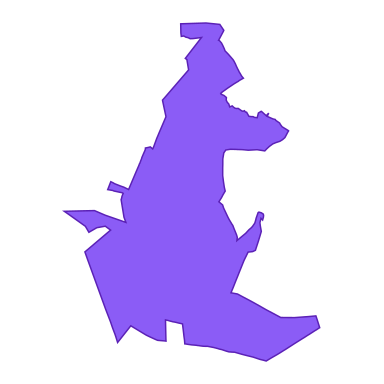 the district of San Andrés Duraznal, Chiapas, Mexico
{"feature_id": "50627088B44734677505750", "entity_name": "San Andrés Duraznal", "entity_type": "district", "adm_level": 2, "iso_a3": "MEX", "parent_name": "Mexico", "parent_adm1": "Chiapas", "projection": "equal_earth", "projection_center": [-92.796, 17.162], "detail": "fine", "context": "isolated", "style": "filled", "palette": "violet", "viewbox_px": 384, "rotation_deg": 0, "n_neighbors": 0, "source": "geoboundaries", "source_scale": "gbopen_adm2", "svg_char_len": 4273}
<svg xmlns="http://www.w3.org/2000/svg" viewBox="0 0 384 384"><path d="M253.0,116.6L251.3,116.6L248.9,116.3L246.6,112.2L245.4,112.0L244.4,110.7L243.0,111.3L241.6,110.8L239.8,109.5L238.2,108.4L236.4,108.5L235.0,108.2L233.8,107.4L232.2,105.9L229.7,106.9L228.8,104.0L227.2,102.2L226.2,100.1L226.4,97.5L223.9,95.4L221.2,94.3L220.7,93.3L221.8,92.6L221.8,92.3L222.7,91.7L227.4,88.3L233.8,84.0L236.9,82.1L238.2,81.4L239.3,80.5L243.4,78.2L242.2,76.8L241.6,76.0L240.0,73.2L239.2,72.0L238.5,70.4L237.7,69.0L237.2,67.9L236.5,66.5L235.4,63.9L233.9,61.0L233.0,59.6L228.3,54.2L225.0,50.8L224.4,49.0L222.8,45.5L221.5,43.0L219.6,40.8L219.0,40.4L218.6,40.3L223.4,31.3L223.8,30.3L219.8,24.4L206.0,23.0L180.7,23.8L180.9,33.1L181.3,36.4L183.4,36.0L184.4,36.3L185.7,37.1L188.2,37.7L190.1,38.7L193.0,38.6L201.5,37.5L185.3,58.4L186.9,59.6L188.6,69.9L164.3,98.1L162.5,100.1L162.5,100.3L163.3,104.1L165.9,116.3L165.9,116.9L158.8,133.5L157.7,136.2L157.2,137.3L156.7,138.5L154.0,145.9L153.4,147.5L152.7,148.9L150.3,146.9L148.4,147.4L145.4,148.0L145.4,149.0L145.1,150.1L143.2,154.4L142.4,156.3L141.9,157.4L141.8,157.8L141.6,158.6L140.6,161.1L139.9,163.1L139.4,163.9L139.0,165.1L138.4,166.5L138.1,167.2L137.3,169.0L137.1,169.5L137.0,169.8L136.7,170.4L128.6,189.5L125.3,187.9L123.7,187.1L122.5,186.7L120.5,186.0L115.1,183.9L113.9,183.3L113.3,182.9L110.8,181.7L110.2,183.2L109.6,184.7L109.2,185.8L109.1,186.1L107.7,189.6L112.9,190.5L113.9,191.0L122.3,192.8L122.8,193.1L123.2,193.4L122.6,194.7L122.1,196.0L122.0,196.4L121.9,196.6L121.7,197.8L121.4,198.8L121.3,199.1L121.1,199.7L121.2,200.1L124.0,217.3L125.9,222.4L105.2,215.2L94.5,210.6L81.0,210.9L64.3,211.3L69.3,214.8L85.4,226.3L88.9,232.3L96.8,227.7L105.3,226.2L110.6,230.1L84.9,251.9L87.7,259.8L105.6,309.1L110.5,321.8L112.2,326.8L113.1,329.3L115.0,334.3L115.9,337.0L117.6,342.5L130.8,325.8L140.9,331.9L146.2,335.1L149.5,336.7L155.4,339.4L157.5,340.3L158.3,340.4L160.7,340.6L164.5,340.9L166.0,341.1L165.9,338.8L165.5,319.9L168.6,320.6L169.5,320.9L170.2,321.1L171.5,321.4L172.9,321.8L174.3,322.0L175.7,322.3L178.5,323.0L179.9,323.3L182.5,323.9L182.9,327.2L183.3,330.5L183.8,334.8L184.0,336.6L184.5,340.1L184.8,343.9L185.9,344.0L187.6,344.3L191.8,344.9L194.4,345.1L196.6,345.3L196.8,345.4L198.4,345.6L198.9,345.6L199.5,345.7L199.8,345.8L203.0,346.2L205.0,346.3L207.5,346.3L214.2,347.6L214.4,347.7L214.9,347.8L215.7,348.0L216.8,348.3L217.6,348.5L218.3,348.7L219.1,349.0L220.4,349.3L221.8,349.6L226.2,351.1L228.6,351.8L229.1,351.9L231.0,352.0L231.8,352.1L234.6,352.2L242.3,354.4L247.0,355.6L253.1,357.1L260.0,359.4L263.3,360.2L266.2,361.0L271.5,357.8L277.6,354.3L278.9,353.5L279.9,352.9L284.0,350.3L285.2,349.6L287.2,348.3L291.4,345.6L293.7,344.1L296.4,342.4L301.8,339.0L303.6,337.9L304.9,337.1L306.4,336.1L307.8,335.2L309.0,334.5L310.4,333.6L312.1,332.5L313.5,331.6L314.7,330.8L316.1,330.0L317.5,329.1L318.6,328.3L319.7,327.7L317.2,319.8L315.9,315.9L308.2,316.6L294.5,317.6L280.8,317.5L275.7,314.8L266.3,309.8L253.6,302.6L241.4,296.1L237.5,294.0L231.0,292.8L233.5,286.7L235.5,281.6L237.9,275.7L238.8,273.4L244.0,260.5L248.1,252.1L252.7,251.6L255.4,250.3L258.5,240.8L258.7,240.1L259.8,236.5L260.1,235.5L261.3,231.4L260.4,226.3L259.9,222.7L261.0,218.3L262.6,220.0L263.4,217.3L263.6,215.5L263.3,214.1L261.4,212.8L258.9,212.1L258.1,212.6L256.1,218.3L255.8,219.7L255.2,221.8L255.1,222.1L254.9,222.8L254.2,224.0L253.2,225.4L252.6,226.3L251.7,227.3L250.9,228.1L249.0,229.7L245.7,233.3L236.9,240.6L237.3,237.5L237.3,237.4L236.7,235.3L236.6,235.0L236.5,234.7L233.9,228.3L232.8,225.4L231.8,224.0L231.0,222.6L229.3,219.8L227.9,217.1L223.6,208.0L222.6,204.9L222.1,204.5L218.9,201.8L221.5,197.7L222.9,195.0L224.3,192.6L225.2,191.1L224.3,187.2L224.1,185.9L223.5,181.9L222.7,175.6L222.7,171.7L222.7,168.5L222.7,167.9L222.8,164.0L222.8,159.5L222.9,158.3L223.7,153.6L223.8,152.9L225.8,150.0L230.1,149.3L231.9,149.3L236.1,149.4L237.4,149.5L241.4,149.6L243.1,149.7L248.3,150.2L257.1,149.7L264.8,150.9L266.9,148.7L269.4,146.4L272.8,143.9L275.9,142.6L279.9,141.3L282.5,139.7L284.9,137.6L286.2,135.2L287.7,132.3L288.6,130.9L288.2,130.5L282.0,126.7L280.3,124.3L279.6,123.0L275.8,120.4L275.3,119.5L272.9,118.9L267.2,116.4L268.7,113.1L266.2,115.7L261.8,111.7L261.2,111.3L258.4,113.0L257.2,117.7L254.5,117.4L253.0,116.6Z" fill="#8b5cf6" stroke="#5b21b6" stroke-width="1.5"/></svg>